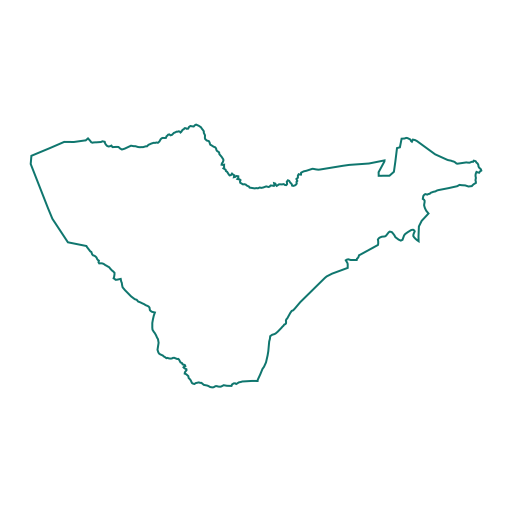 the district of Kaiti, Eastern, Kenya
{"feature_id": "3690345B42792892468176", "entity_name": "Kaiti", "entity_type": "district", "adm_level": 2, "iso_a3": "KEN", "parent_name": "Kenya", "parent_adm1": "Eastern", "projection": "albers", "projection_center": [37.461, -1.788], "detail": "fine", "context": "isolated", "style": "outline", "palette": "teal", "viewbox_px": 512, "rotation_deg": 0, "n_neighbors": 0, "source": "geoboundaries", "source_scale": "gbopen_adm2", "svg_char_len": 6097}
<svg xmlns="http://www.w3.org/2000/svg" viewBox="0 0 512 512"><path d="M418.6,241.2L418.5,236.5L418.9,226.4L421.7,220.8L428.5,213.5L426.2,210.7L425.0,208.3L424.5,206.8L424.1,205.2L424.3,203.7L424.6,202.1L424.6,200.7L424.0,199.7L422.8,198.9L423.3,196.0L424.2,194.8L425.3,194.1L427.3,194.6L428.4,194.0L429.7,193.8L430.7,192.8L433.4,191.8L435.4,191.4L437.0,190.5L438.4,190.1L448.7,188.1L457.2,186.2L459.5,184.9L461.7,185.2L465.2,185.4L468.5,186.5L471.8,186.1L472.6,185.2L473.6,184.3L475.9,182.9L475.8,181.4L475.5,180.4L475.6,179.3L475.9,178.0L475.5,175.9L475.6,174.4L475.9,173.3L476.5,171.9L477.9,172.5L479.2,172.7L479.8,171.6L481.3,170.6L480.9,169.3L479.0,167.5L478.5,166.4L478.3,164.9L477.6,163.5L476.4,162.5L475.7,161.3L474.7,160.9L473.7,160.7L473.1,161.8L471.7,161.8L469.6,162.7L467.7,162.6L466.3,162.4L457.5,163.7L456.5,163.5L454.8,162.1L453.6,161.5L452.3,161.2L451.1,160.7L448.1,160.1L447.0,159.7L435.1,154.3L417.0,141.1L415.1,140.1L412.9,139.6L411.9,141.7L411.1,141.1L410.7,140.1L410.0,139.3L407.5,138.1L406.2,137.9L404.5,138.5L401.6,138.7L399.9,147.3L397.0,148.1L395.3,161.9L393.9,171.8L389.5,175.7L378.7,175.8L378.6,172.2L384.4,161.5L384.5,160.4L369.0,163.5L349.2,164.9L342.8,165.8L320.2,169.5L318.4,169.7L316.0,169.4L313.5,168.9L312.4,168.8L306.3,170.8L303.9,171.3L302.6,171.9L301.1,172.7L301.0,174.6L300.0,174.6L298.7,174.2L297.9,175.5L297.9,177.7L296.4,179.0L297.3,180.9L296.5,181.9L296.7,183.6L296.0,184.6L294.9,185.4L293.3,185.9L292.1,185.6L291.9,184.6L291.3,183.6L290.2,182.6L289.2,180.9L287.9,180.3L286.8,181.7L287.1,184.1L286.3,185.1L285.0,185.0L283.7,184.1L282.0,184.4L279.1,184.3L276.7,185.9L276.0,185.2L275.3,183.6L274.1,183.2L274.4,184.8L273.9,185.9L272.3,185.6L270.6,185.5L269.6,186.6L268.6,187.0L266.2,186.4L263.2,187.5L261.2,187.9L259.8,187.5L257.9,188.3L256.3,188.1L254.7,188.4L249.6,187.6L249.0,186.6L246.7,185.5L245.8,184.6L244.3,184.2L243.0,184.4L240.2,182.7L240.0,181.4L240.5,180.1L239.5,179.3L238.4,179.3L237.4,179.0L238.3,177.8L238.3,176.3L236.5,176.0L235.2,176.9L233.9,177.2L234.3,175.3L232.9,174.5L232.0,173.6L230.9,175.1L229.6,175.4L228.8,174.5L227.1,171.8L225.9,171.0L225.6,169.7L223.4,168.3L224.2,167.3L224.0,166.0L224.1,164.7L222.8,164.9L221.6,164.7L221.9,163.4L222.7,162.4L223.4,160.6L223.3,159.4L221.6,156.8L219.4,154.2L219.1,152.4L216.9,150.8L216.3,149.7L216.1,148.5L215.2,147.3L213.6,146.7L211.3,145.2L210.4,144.8L209.9,143.8L209.6,142.5L208.8,141.1L206.7,140.5L205.1,138.9L204.9,137.9L205.0,135.3L203.8,132.8L203.8,131.3L203.0,130.1L201.8,128.6L201.0,127.3L198.8,125.8L196.1,124.6L194.9,125.2L193.7,126.5L192.0,126.3L190.4,126.0L188.9,127.1L188.2,128.6L186.7,128.8L185.8,128.2L184.6,128.2L183.7,129.3L182.6,129.8L181.3,131.8L180.5,132.5L179.8,131.6L178.7,131.3L177.7,131.7L176.5,131.7L175.2,132.4L173.9,132.9L171.9,134.9L170.5,135.3L169.3,134.4L168.1,134.7L167.3,135.7L166.5,136.3L165.9,137.9L164.3,138.0L162.8,137.9L161.7,138.3L160.7,139.2L159.4,141.5L157.9,142.8L156.4,142.5L155.1,142.9L153.7,142.8L152.1,143.3L150.7,143.8L149.7,144.3L148.5,144.8L147.0,146.3L145.8,146.3L143.2,147.1L139.6,147.2L138.0,147.0L135.4,146.2L133.8,146.2L131.0,145.7L124.6,148.7L121.9,149.5L120.1,148.5L118.5,147.0L116.6,146.9L112.5,147.1L111.4,145.6L110.1,146.2L108.6,146.5L107.2,146.0L106.4,145.2L105.6,144.2L105.1,143.3L104.7,141.8L102.4,141.3L101.0,142.0L96.8,142.3L94.0,142.4L92.4,142.7L91.2,142.2L90.1,140.7L88.0,138.4L85.7,140.4L84.5,140.5L73.9,142.0L64.2,141.9L50.1,148.0L31.4,155.8L30.7,164.0L48.0,208.2L52.4,218.8L67.9,242.3L86.4,246.0L87.0,247.1L90.3,251.4L91.3,251.9L92.2,254.4L93.0,255.3L94.0,255.6L95.3,256.3L96.5,257.5L97.1,259.0L97.9,260.0L98.9,260.7L98.5,262.2L99.2,263.4L101.8,263.3L103.4,263.8L104.4,264.4L105.4,265.2L106.6,265.7L107.5,266.4L108.5,266.8L109.3,267.4L110.3,268.7L112.0,270.5L113.2,271.4L114.5,272.8L114.5,274.3L114.1,276.9L113.6,278.3L114.6,278.9L115.6,279.8L117.0,279.7L120.7,278.9L121.2,281.5L121.8,282.9L122.1,285.1L122.6,287.3L125.0,290.2L131.1,296.4L134.8,299.2L136.7,299.8L138.1,301.5L140.4,302.4L141.8,303.1L144.4,304.3L145.5,305.1L147.7,306.0L148.7,306.6L149.5,307.6L149.9,310.1L150.7,311.0L151.9,311.8L154.9,312.5L153.8,315.6L152.9,319.5L152.3,323.0L152.3,327.7L152.5,329.7L153.7,331.7L154.8,333.1L156.0,335.2L157.0,337.5L158.0,339.2L158.6,342.8L157.5,349.8L158.4,352.5L159.1,353.6L160.3,354.4L162.8,355.5L163.7,356.4L165.1,357.2L166.4,358.2L167.5,357.9L168.9,358.4L170.4,358.6L171.8,358.5L172.9,357.9L174.2,357.8L177.2,359.0L178.3,358.9L179.0,359.6L180.5,362.4L182.0,363.1L182.6,364.4L183.7,364.6L184.9,365.1L185.3,366.1L184.2,366.5L183.5,367.3L184.3,368.1L185.2,368.7L186.4,369.2L186.5,370.2L185.6,371.3L184.9,372.3L184.7,373.6L186.0,374.1L187.1,375.0L188.3,376.1L188.7,378.1L189.7,379.0L190.7,380.3L191.9,382.9L192.7,383.5L194.4,384.0L195.7,383.1L198.8,382.4L200.3,382.9L201.5,382.9L203.0,384.2L203.9,384.9L207.0,385.5L208.4,386.0L210.1,387.0L211.7,387.3L212.9,387.4L213.9,387.1L215.4,386.2L216.7,386.1L218.0,386.5L219.2,386.7L220.7,386.7L222.4,385.9L223.7,385.2L227.0,385.8L231.5,385.9L232.1,384.4L233.7,383.4L235.1,383.3L236.2,384.0L237.1,383.5L238.8,382.4L241.1,381.9L242.3,381.5L252.5,380.9L257.6,381.0L257.7,379.9L260.2,374.5L262.5,368.9L264.0,366.8L266.0,362.4L267.6,355.4L268.3,351.2L269.2,341.5L269.9,338.9L270.2,336.2L272.1,334.8L274.4,334.1L275.6,333.5L277.6,331.8L281.4,327.9L282.4,326.7L283.5,325.7L284.2,324.6L285.4,324.1L286.0,323.3L286.1,321.8L285.9,320.7L286.3,319.4L287.2,318.5L290.3,312.9L291.7,310.9L293.2,310.3L294.8,308.6L300.3,302.1L324.9,277.9L326.7,276.4L332.2,273.6L347.7,267.9L347.7,264.4L347.5,263.2L345.8,260.3L346.9,259.6L348.3,259.3L350.7,260.0L356.7,260.0L357.0,258.7L358.0,257.8L358.6,256.7L359.0,255.3L360.2,254.7L377.9,245.0L378.2,243.8L378.2,242.4L378.2,241.3L377.9,239.5L378.9,238.2L380.1,237.4L381.9,236.7L384.3,236.5L385.4,236.2L386.2,235.5L388.7,232.3L389.8,231.6L391.8,232.1L393.2,233.7L394.6,235.6L395.1,236.8L395.8,237.5L398.6,239.6L400.8,240.6L402.5,239.8L404.1,235.4L405.2,234.0L407.7,232.2L411.1,230.1L412.3,229.8L413.3,229.8L414.3,230.5L414.7,231.4L413.8,233.4L413.4,234.6L413.3,236.0L414.1,237.3L415.5,238.8L417.0,240.1L418.6,241.2Z" fill="none" stroke="#0f766e" stroke-width="2"/></svg>